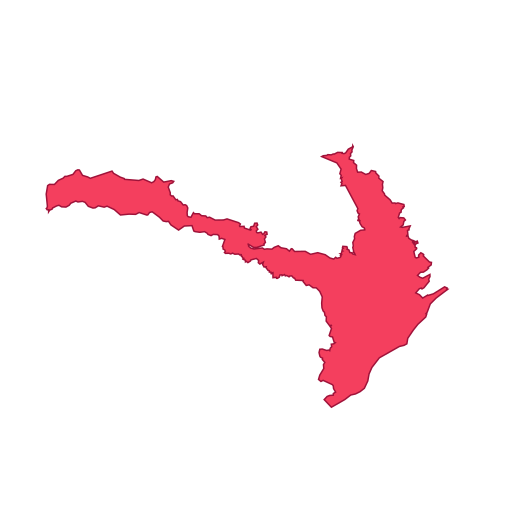 the district of Rioviejo, Bolívar, Colombia, rotated 58°
{"feature_id": "7082276B23720566287861", "entity_name": "Rioviejo", "entity_type": "district", "adm_level": 2, "iso_a3": "COL", "parent_name": "Colombia", "parent_adm1": "Bolívar", "projection": "natural_earth1", "projection_center": [-74.045, 8.431], "detail": "fine", "context": "isolated", "style": "filled", "palette": "rose", "viewbox_px": 512, "rotation_deg": 58, "n_neighbors": 0, "source": "geoboundaries", "source_scale": "gbopen_adm2", "svg_char_len": 6156}
<svg xmlns="http://www.w3.org/2000/svg" viewBox="0 0 512 512"><g transform="rotate(58 256 256)"><path d="M348.4,231.0L354.3,230.5L354.5,229.0L355.0,229.0L354.9,230.5L357.5,230.4L362.2,236.1L363.5,235.8L365.2,234.0L370.5,235.4L371.5,234.7L371.7,236.5L370.7,238.9L373.1,239.9L373.5,241.8L375.3,243.6L374.5,243.8L373.5,246.2L370.0,249.1L368.9,251.3L371.3,253.7L374.7,254.9L376.0,254.9L377.9,253.7L378.9,254.6L382.7,254.0L383.9,256.4L387.3,258.1L390.8,265.0L393.8,268.4L396.8,267.4L397.0,265.0L405.4,259.5L406.8,259.2L409.6,260.5L413.6,260.6L413.6,263.3L415.0,264.2L413.3,267.4L412.8,270.1L413.9,274.3L424.2,272.2L424.8,256.8L424.1,249.3L425.7,244.7L426.2,239.6L425.6,234.2L421.2,227.4L415.9,222.6L411.9,216.7L407.7,205.3L408.7,182.3L410.2,177.9L410.4,174.6L406.2,170.9L402.2,161.9L399.7,154.9L397.7,144.4L395.6,141.9L395.0,142.4L394.3,140.5L389.0,133.6L387.1,125.5L385.8,110.9L384.9,111.7L384.4,110.9L382.1,112.4L382.1,125.5L380.6,131.0L380.1,131.1L380.0,136.9L375.5,137.9L371.9,140.1L370.3,134.8L370.8,132.8L371.9,132.7L371.9,130.3L369.2,122.5L367.1,121.8L365.7,119.4L363.8,118.3L363.2,126.4L360.8,128.3L358.0,129.3L357.0,125.1L358.4,122.5L358.3,118.5L357.7,116.0L356.7,116.2L356.4,112.2L354.4,110.6L353.0,112.1L344.6,114.1L343.9,113.1L342.7,113.3L340.6,114.5L341.4,117.6L343.3,118.6L342.6,121.1L341.4,121.7L335.8,119.8L335.0,115.9L334.0,115.5L333.1,116.4L331.2,115.5L330.4,113.7L330.8,111.8L329.8,111.5L328.7,111.4L328.9,112.7L327.1,113.9L328.3,113.9L329.7,115.7L328.6,115.8L328.6,114.8L328.0,114.2L328.2,114.7L327.3,115.4L327.6,116.3L326.2,115.0L322.1,117.0L319.5,116.5L319.0,117.8L318.4,117.2L318.8,116.1L314.6,114.0L314.9,112.3L314.1,112.1L312.2,109.3L309.3,116.7L308.0,118.0L307.6,114.7L305.0,112.3L304.6,110.2L302.0,110.5L299.8,113.4L300.1,114.8L298.7,114.9L295.6,111.4L295.8,109.9L293.7,108.2L293.3,105.5L292.3,105.5L292.6,104.1L290.7,103.3L286.2,107.5L285.5,109.8L284.7,110.0L283.3,112.5L279.4,112.5L272.6,114.6L271.3,114.1L267.6,114.4L265.3,112.3L262.2,110.8L260.2,108.8L255.1,110.6L253.3,109.4L249.1,110.4L247.7,109.8L244.6,112.9L245.9,116.2L245.0,119.7L240.6,122.2L238.8,125.4L235.1,124.5L232.3,122.6L228.5,123.8L226.8,122.5L223.3,125.6L221.7,124.5L221.3,122.6L219.2,121.6L218.6,119.4L216.9,118.5L214.9,115.6L213.8,115.5L214.6,116.1L214.3,121.1L216.1,125.4L215.8,127.2L214.4,128.6L213.9,128.1L211.4,131.8L211.0,135.8L210.4,136.4L210.1,138.6L208.1,141.4L208.2,142.6L206.6,145.8L206.5,147.6L219.9,138.1L227.4,137.8L230.7,141.3L232.8,141.0L234.9,143.1L235.2,141.9L235.6,142.8L238.5,143.5L238.5,144.9L240.0,144.7L241.5,146.7L243.6,142.7L269.8,144.5L271.2,146.3L273.9,146.7L275.2,146.0L277.0,148.7L278.2,148.7L279.9,150.8L280.8,150.0L280.5,149.3L281.2,149.2L281.5,149.9L283.6,150.5L287.4,150.5L289.5,149.3L291.0,149.6L291.5,149.9L289.6,153.7L289.4,159.9L291.6,162.3L293.7,163.3L295.8,166.7L299.1,168.2L300.0,169.4L303.8,170.7L304.3,171.5L305.2,170.9L307.4,171.2L305.5,172.9L303.9,173.2L302.7,174.6L300.1,174.0L298.5,175.2L297.9,174.4L296.2,174.0L293.8,177.2L294.7,178.2L295.7,177.9L295.7,178.9L296.8,180.0L297.6,179.8L297.3,180.4L299.1,182.3L298.8,183.2L299.7,182.7L300.0,183.6L300.4,183.1L300.7,184.1L301.5,184.4L301.8,185.6L300.9,188.5L299.3,189.1L299.8,191.7L296.8,194.4L291.6,196.6L285.9,201.9L283.5,208.8L278.1,211.8L272.6,220.9L269.1,221.5L268.5,222.2L269.6,225.1L266.0,226.3L262.3,230.4L259.1,231.7L258.3,236.0L258.6,238.9L255.7,243.0L254.8,245.3L252.6,246.3L249.0,254.0L246.5,256.3L243.9,257.1L243.6,256.8L242.0,256.5L241.8,256.3L247.5,253.4L249.1,250.8L251.0,243.3L249.8,242.6L249.6,240.9L246.0,239.8L245.1,237.5L243.2,237.6L243.5,235.1L241.4,234.2L240.2,235.6L241.3,237.8L241.2,238.9L238.4,239.1L237.4,242.2L236.4,243.0L234.8,242.4L234.3,240.2L231.3,240.3L230.6,238.1L228.6,237.7L227.5,239.8L229.5,242.2L228.5,244.8L229.5,246.4L231.1,246.2L231.2,246.9L226.2,251.0L224.5,250.4L222.4,254.1L221.7,254.0L220.6,252.3L218.5,253.1L209.2,260.9L208.2,264.5L203.9,271.6L198.5,274.8L197.6,277.1L195.4,277.4L193.0,280.8L190.1,281.8L187.5,285.8L186.1,286.1L188.7,290.7L186.7,292.7L185.4,292.9L182.5,291.3L179.1,288.4L176.4,288.1L174.9,289.0L174.2,290.7L169.9,291.2L167.8,293.0L166.4,292.7L165.8,294.2L161.1,294.5L160.4,295.8L158.6,296.3L157.0,295.2L151.0,293.9L149.1,291.2L149.8,287.9L149.1,286.2L147.2,287.9L144.4,295.1L136.2,297.6L135.9,298.9L137.9,300.9L138.8,303.2L138.6,305.7L130.9,311.0L129.9,315.3L121.3,326.9L120.5,326.7L117.2,329.3L110.4,333.0L107.7,333.1L102.3,355.4L99.8,356.8L95.7,360.4L89.5,360.2L88.5,361.4L88.2,363.7L89.8,368.0L88.2,374.3L87.2,375.8L87.8,378.4L87.1,383.5L88.5,389.0L85.8,393.2L85.9,395.4L92.3,401.1L103.2,406.5L104.5,407.8L104.6,408.7L106.2,408.6L106.9,407.3L108.6,408.4L107.8,406.7L108.2,404.1L107.5,402.9L107.9,398.3L108.6,396.2L111.3,394.8L113.8,391.2L114.0,387.6L113.1,385.1L113.9,379.7L115.8,378.4L117.7,374.2L119.9,372.5L125.0,371.9L128.9,368.9L129.9,366.9L129.9,363.1L134.1,358.9L134.8,355.9L141.5,351.6L149.4,349.2L153.2,341.5L156.9,336.0L157.2,332.1L163.4,326.9L163.8,326.0L162.7,323.2L163.5,320.6L172.0,317.3L177.1,316.2L179.3,313.9L180.3,311.8L184.5,311.7L193.0,307.9L192.6,300.9L196.3,294.2L201.9,295.5L203.0,294.8L206.1,291.1L208.1,286.7L210.9,285.3L212.2,285.3L214.9,283.3L215.0,280.9L217.5,277.2L219.6,276.8L222.2,278.2L222.8,275.8L225.5,273.6L230.2,279.5L230.9,279.2L232.7,280.2L234.2,279.3L235.8,279.5L236.3,280.9L237.6,280.5L239.2,277.7L240.9,276.3L241.2,274.3L243.2,273.1L245.1,269.7L246.7,269.1L247.1,268.4L246.5,267.5L248.4,268.5L249.0,268.0L250.5,268.4L251.5,267.6L251.9,268.7L253.9,267.3L255.3,268.0L255.2,267.2L257.3,266.4L257.3,263.4L256.6,262.3L258.3,257.0L261.2,256.1L262.9,257.6L264.9,257.0L265.1,253.0L266.7,254.9L269.6,255.0L270.5,253.1L271.0,253.7L274.6,253.4L275.5,252.5L276.7,253.2L277.6,251.9L279.6,252.8L278.8,251.9L279.1,250.5L283.4,253.1L284.9,250.0L285.8,250.4L286.3,249.7L286.3,247.5L284.8,245.8L285.3,244.7L285.7,244.0L286.5,244.3L286.9,241.6L288.4,241.7L288.9,240.2L291.2,239.0L290.9,237.9L291.8,236.2L294.5,235.8L295.2,235.0L297.5,235.2L301.8,229.0L302.6,229.6L307.6,229.0L308.6,226.2L313.1,224.5L315.0,221.7L319.8,220.7L325.8,221.5L330.8,225.3L334.9,227.5L338.2,228.2L340.0,227.8L343.0,229.0L344.8,228.5L348.4,231.0Z" fill="#f43f5e" stroke="#9f1239" stroke-width="1.5"/></g></svg>